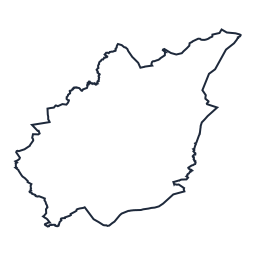 outline of Bebrenes pag., Ilukstes, Latvia
{"feature_id": "27541924B36563614052180", "entity_name": "Bebrenes pag.", "entity_type": "district", "adm_level": 2, "iso_a3": "LVA", "parent_name": "Latvia", "parent_adm1": "Ilukstes", "projection": "equal_earth", "projection_center": [26.104, 56.053], "detail": "fine", "context": "isolated", "style": "outline", "palette": "slate", "viewbox_px": 256, "rotation_deg": 0, "n_neighbors": 0, "source": "geoboundaries", "source_scale": "gbopen_adm2", "svg_char_len": 5523}
<svg xmlns="http://www.w3.org/2000/svg" viewBox="0 0 256 256"><path d="M47.5,108.6L47.8,114.7L48.2,116.7L48.2,119.3L49.5,121.6L49.6,122.1L32.0,124.9L37.7,130.9L38.6,130.8L39.6,133.5L38.3,134.4L33.0,134.2L32.2,137.8L33.1,139.2L33.2,140.6L30.2,144.8L29.8,145.8L24.5,149.3L19.0,151.1L18.6,151.1L17.5,150.8L16.7,151.1L16.2,152.3L19.9,157.7L19.4,159.0L17.5,160.4L15.4,161.3L17.0,162.6L15.6,163.3L15.9,164.4L15.8,165.8L16.0,167.0L16.4,167.4L15.5,167.7L18.4,170.0L18.7,170.8L19.9,172.7L21.7,175.5L22.6,176.6L24.8,178.1L27.8,181.1L27.6,182.1L31.4,184.1L30.6,185.9L30.9,187.8L30.8,188.2L31.0,188.5L30.7,189.0L30.8,189.7L30.7,189.8L31.0,190.3L30.7,190.4L30.4,190.9L29.6,191.4L29.5,191.6L29.7,192.1L30.1,192.4L31.6,192.6L31.8,193.2L31.8,193.5L32.1,193.8L35.3,194.9L35.4,195.1L35.2,195.4L35.5,195.9L36.2,196.3L36.8,196.2L37.2,196.5L38.1,196.5L38.9,196.2L43.9,198.1L44.2,198.5L44.8,198.6L44.5,200.3L45.7,202.2L45.9,203.5L46.0,203.9L46.5,204.4L47.3,206.5L47.4,207.3L47.0,207.4L46.8,208.2L46.0,209.2L46.2,213.2L44.0,215.8L43.1,216.4L45.0,217.8L46.2,218.4L47.3,219.3L49.8,222.5L48.6,222.5L47.8,222.8L47.2,223.2L45.1,224.0L44.9,224.5L45.1,224.9L45.6,225.3L46.6,225.7L47.6,226.5L49.0,226.2L49.1,225.5L49.9,225.1L53.2,224.8L54.9,224.8L55.2,225.0L55.1,225.6L55.4,225.8L56.4,226.1L57.7,226.2L58.7,225.6L58.7,225.3L58.5,224.9L58.6,224.5L59.0,224.3L59.6,222.1L61.4,220.3L61.3,220.0L60.8,219.2L60.9,218.9L61.2,218.5L62.5,218.2L64.9,218.1L64.9,217.4L69.9,215.7L70.2,215.3L70.8,215.1L70.6,214.0L74.8,211.8L76.4,210.8L76.7,209.5L77.5,209.1L79.6,208.5L83.3,207.9L84.7,207.3L93.6,219.2L98.7,222.1L103.4,225.1L104.7,225.3L106.4,225.3L107.4,225.9L108.3,225.7L109.2,225.6L112.0,223.3L114.5,221.6L119.8,215.2L121.6,213.6L128.3,210.9L129.8,210.8L130.2,210.6L133.9,210.2L140.9,210.0L143.3,209.3L148.3,208.6L151.5,207.9L154.7,207.6L158.9,206.4L163.1,203.6L173.3,194.4L184.4,191.4L183.7,189.1L184.1,188.1L178.7,184.5L176.9,184.7L174.4,184.1L174.2,184.4L173.4,182.0L174.4,181.8L178.8,180.5L179.3,180.6L179.6,180.3L181.2,179.6L186.5,179.4L188.0,177.7L186.7,176.6L187.1,176.5L187.3,176.2L187.1,175.8L187.3,175.7L187.3,175.2L187.5,175.0L187.4,174.5L188.1,173.8L188.9,173.5L189.6,172.3L190.5,171.8L190.3,171.4L192.1,170.6L191.3,170.0L191.3,169.8L190.9,169.7L189.3,169.1L188.8,168.4L188.5,168.3L188.3,167.7L191.6,165.5L193.1,165.1L193.9,164.5L195.2,164.0L195.6,162.6L194.8,161.6L195.3,161.1L194.1,160.2L194.1,159.6L193.6,159.1L193.9,158.6L193.9,157.2L192.9,156.9L192.8,156.7L192.7,156.2L194.3,154.5L195.3,154.5L195.4,153.9L195.4,153.3L193.4,151.3L194.3,150.1L193.3,149.1L194.3,148.7L195.2,145.6L195.8,144.4L195.1,143.4L196.3,142.8L199.0,135.4L199.8,133.9L199.6,133.3L199.9,132.9L200.4,128.6L200.7,126.8L200.6,126.2L201.8,122.4L204.6,119.5L207.6,116.1L217.2,107.5L207.1,104.2L206.8,103.6L206.9,103.4L208.5,101.7L208.5,101.3L205.4,98.7L205.4,97.5L205.8,95.2L202.4,90.2L209.0,73.8L215.1,69.3L226.0,49.6L234.0,43.3L236.8,39.7L237.6,38.2L238.2,38.0L238.3,37.5L238.1,37.2L239.9,36.4L240.6,35.4L240.6,34.9L239.5,34.4L235.5,33.3L226.8,32.5L221.6,29.5L219.5,33.0L212.4,34.6L212.3,36.6L209.3,37.9L208.8,38.5L206.6,39.4L204.6,39.9L202.9,39.9L201.1,39.7L200.1,38.8L198.2,38.7L192.5,41.4L192.3,41.8L189.6,43.2L189.3,45.7L186.8,48.3L183.5,51.3L181.8,53.2L176.3,54.5L170.9,53.0L164.3,49.0L163.1,49.5L162.8,50.1L165.3,52.1L165.0,52.1L164.8,55.3L160.4,58.2L159.4,59.3L158.4,59.7L157.9,60.1L157.1,60.2L154.4,61.2L153.5,61.2L152.7,61.4L152.0,62.1L151.5,63.7L151.4,64.2L151.6,64.7L152.2,65.6L144.8,66.6L144.6,66.8L140.4,67.7L138.2,62.8L133.1,57.7L132.4,57.1L128.2,51.0L127.3,48.9L126.3,48.2L125.7,47.5L124.2,47.2L121.7,45.1L117.9,44.0L117.5,44.6L116.7,46.3L116.8,47.1L116.5,47.8L115.6,48.6L115.8,49.3L115.4,49.9L115.3,50.1L115.6,50.7L115.5,50.8L114.5,51.1L113.9,51.1L112.8,51.7L111.8,51.6L111.0,51.8L109.7,52.0L109.4,52.6L109.0,52.8L108.7,53.2L107.6,52.7L106.1,52.8L105.7,53.4L105.3,53.8L105.3,54.1L104.7,54.5L105.2,55.1L106.0,55.4L106.1,55.5L106.1,55.8L107.0,56.3L106.7,56.8L107.0,57.0L106.8,57.2L106.3,57.1L105.6,57.5L105.4,57.4L105.0,57.7L104.1,57.7L103.9,58.3L103.1,59.5L102.3,59.4L101.7,59.7L101.4,60.0L101.0,60.8L99.9,61.6L99.4,62.1L98.9,63.6L99.1,64.1L99.0,64.3L98.3,65.1L98.1,65.6L98.1,66.2L98.4,68.0L97.5,68.5L97.3,69.1L96.6,69.8L97.1,70.8L97.8,71.4L97.9,71.9L97.5,72.4L97.5,72.6L97.9,72.8L98.2,73.3L98.5,73.4L98.8,73.9L99.3,73.9L99.6,74.1L99.7,74.5L98.5,76.1L99.2,77.4L98.7,78.2L99.0,79.0L98.7,79.9L98.6,80.0L98.6,80.4L98.5,80.5L98.7,80.9L98.4,81.0L98.5,81.1L98.2,81.3L98.4,81.4L98.2,81.4L98.2,81.5L97.9,81.8L97.5,82.0L97.3,82.4L97.2,82.7L97.4,83.2L97.2,83.3L97.4,83.5L96.9,83.6L96.7,84.2L96.3,84.2L96.3,84.5L95.9,84.7L94.6,83.9L94.5,83.3L94.3,83.4L94.4,83.6L93.1,83.5L92.8,83.9L92.4,83.6L91.9,83.5L91.9,83.4L91.7,83.3L91.9,83.2L91.2,83.1L91.1,83.3L90.8,83.1L90.5,83.2L90.0,83.1L90.1,82.9L89.6,82.6L89.9,82.2L89.7,82.1L89.8,81.9L89.7,81.6L89.0,81.5L88.9,81.6L88.9,81.8L88.7,82.0L88.8,82.1L88.6,82.2L88.1,82.6L88.8,83.0L88.7,83.2L89.2,83.3L89.4,83.4L88.8,83.8L88.9,84.0L88.8,84.3L87.8,84.2L87.9,84.6L87.2,84.9L87.1,85.2L87.6,85.8L87.0,87.9L83.0,89.4L82.2,90.7L82.1,90.8L81.8,90.8L81.3,90.5L79.4,88.2L79.1,88.1L77.3,87.6L77.0,87.8L76.5,87.4L75.6,87.7L75.3,87.6L75.3,87.4L74.8,87.4L74.2,87.7L73.6,87.7L73.4,88.0L73.6,88.1L73.1,88.5L73.4,88.7L73.0,89.0L72.9,89.4L72.2,89.6L71.6,90.4L71.3,90.6L70.1,90.7L69.7,91.0L70.2,93.0L70.0,93.4L68.1,94.7L68.0,95.5L67.1,96.9L66.7,97.1L66.6,98.9L67.4,99.7L68.1,100.1L68.9,100.3L68.9,100.7L67.9,102.8L66.4,104.6L62.4,104.1L57.8,106.2L56.2,105.5L55.6,105.5L53.9,107.6L50.7,108.0L47.5,108.6Z" fill="none" stroke="#1e293b" stroke-width="2"/></svg>